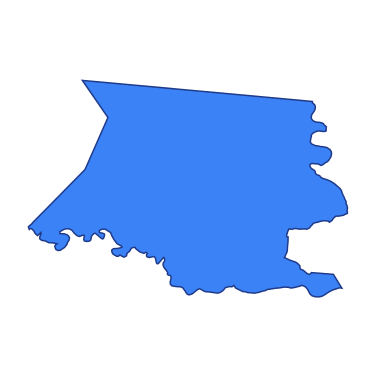 outline of San Pedro Juchatengo, Oaxaca, Mexico, rotated 96°
{"feature_id": "50627088B44061639348759", "entity_name": "San Pedro Juchatengo", "entity_type": "district", "adm_level": 2, "iso_a3": "MEX", "parent_name": "Mexico", "parent_adm1": "Oaxaca", "projection": "robinson", "projection_center": [-97.095, 16.316], "detail": "fine", "context": "isolated", "style": "filled", "palette": "blue", "viewbox_px": 384, "rotation_deg": 96, "n_neighbors": 0, "source": "geoboundaries", "source_scale": "gbopen_adm2", "svg_char_len": 4152}
<svg xmlns="http://www.w3.org/2000/svg" viewBox="0 0 384 384"><g transform="rotate(96 192 192)"><path d="M246.3,349.9L245.3,349.1L245.4,347.5L247.3,345.2L249.6,343.7L251.5,341.1L249.9,339.5L248.0,338.1L249.6,337.7L252.0,338.6L253.8,338.7L255.0,338.0L255.9,335.8L255.9,333.1L257.4,329.1L257.1,325.5L257.6,320.8L258.8,322.1L260.3,322.8L262.0,322.1L263.3,321.4L264.2,319.3L263.8,317.0L260.4,312.9L257.1,310.8L255.2,310.6L253.3,309.4L250.6,309.0L248.8,310.0L247.6,311.8L246.9,314.8L247.2,319.1L245.3,319.3L242.7,315.7L241.9,314.0L241.4,310.4L242.8,307.1L245.1,305.0L247.5,301.7L248.0,299.1L247.2,297.8L246.2,295.7L246.6,294.5L250.5,294.7L251.9,294.0L252.2,292.0L251.9,290.0L251.4,288.6L250.1,287.6L246.6,287.4L244.7,286.2L243.5,285.1L243.2,283.8L245.1,280.9L247.8,277.0L248.0,275.8L246.9,275.0L244.7,274.5L243.0,274.6L242.2,276.8L242.2,278.5L241.9,279.8L240.1,280.1L238.4,277.8L238.0,274.5L240.9,268.7L244.0,267.1L247.3,264.8L251.3,261.1L253.1,256.6L253.9,255.8L255.0,257.4L255.9,260.0L256.6,264.2L258.0,265.7L259.6,265.5L261.1,264.8L262.2,263.8L263.8,260.1L263.5,258.3L262.2,257.2L263.3,254.6L263.9,252.9L262.9,251.2L262.2,250.4L260.4,250.4L259.3,249.8L258.2,248.6L257.1,247.7L254.2,246.4L253.4,244.9L253.0,242.7L254.1,242.2L256.9,237.9L257.4,236.0L258.0,233.4L256.8,231.3L257.8,229.9L259.3,230.7L260.6,230.4L261.3,229.7L261.6,227.6L260.2,223.4L260.8,222.1L261.6,221.5L266.1,220.0L266.9,219.3L267.0,218.7L266.4,217.8L261.6,214.5L260.0,213.3L261.4,212.2L263.4,212.0L265.7,213.2L267.6,213.2L270.1,211.9L272.6,209.4L274.4,207.8L276.2,207.9L276.9,207.3L277.4,204.7L278.7,203.8L281.2,203.9L283.6,204.3L285.9,203.9L287.4,202.3L287.6,200.2L287.7,197.4L287.5,193.6L288.1,191.3L291.2,188.5L292.8,187.3L294.2,185.9L294.6,184.2L294.2,183.1L293.4,181.3L292.2,180.0L290.8,178.7L288.1,175.9L287.5,174.4L287.9,173.0L289.7,168.6L289.6,164.6L289.9,156.1L289.3,154.2L288.3,152.6L286.7,150.8L285.0,149.6L283.5,148.7L282.1,144.6L282.1,142.4L280.5,140.4L282.9,138.7L285.7,131.2L285.7,130.1L285.7,127.8L286.2,126.4L286.1,123.2L286.1,119.6L285.0,115.6L283.0,110.8L282.2,108.4L281.2,107.2L280.2,103.3L278.9,98.7L278.4,95.7L276.9,90.2L276.7,86.0L277.2,83.5L276.2,79.9L274.1,74.2L273.4,73.8L273.7,71.2L274.7,69.0L276.7,66.9L281.1,64.0L282.7,61.7L283.3,58.4L283.0,54.4L282.3,52.4L281.2,50.4L277.1,45.4L274.6,41.6L271.8,35.1L272.0,32.9L259.1,42.8L259.7,64.9L261.0,65.5L261.7,66.9L261.2,68.4L261.0,69.0L259.3,71.6L258.2,73.2L257.5,75.9L255.9,76.7L254.0,77.1L252.0,79.5L250.9,81.6L250.5,83.4L250.1,85.0L249.6,87.5L248.9,89.2L247.6,93.3L247.1,93.0L245.8,92.5L244.6,92.3L243.3,91.7L240.8,91.1L238.4,91.2L236.4,91.3L234.8,91.3L233.4,91.3L230.2,91.4L226.6,91.8L226.7,92.2L226.7,92.6L226.0,93.4L222.3,92.9L220.9,92.5L218.7,92.0L218.7,90.0L218.5,88.2L217.6,86.2L217.5,84.1L217.7,81.3L217.2,77.8L216.9,76.1L217.0,73.8L215.3,71.3L213.3,70.1L212.0,69.0L210.4,68.0L209.4,65.6L208.9,63.7L208.0,61.9L206.8,58.1L206.7,54.7L206.8,53.0L207.7,52.3L207.4,51.8L205.7,49.8L204.4,49.2L202.5,47.9L200.9,46.3L200.8,44.2L200.0,41.3L199.2,38.7L198.2,37.5L197.1,35.3L195.7,35.4L194.3,35.8L191.5,35.7L189.1,36.5L187.8,37.5L185.6,37.7L183.0,39.4L181.2,40.2L179.7,41.2L178.3,42.1L175.5,43.3L173.6,44.6L172.4,46.1L171.5,47.4L170.3,49.1L169.2,50.7L168.1,52.5L167.6,53.7L166.7,55.6L165.7,58.9L165.3,60.7L164.9,63.1L164.1,65.1L162.3,66.9L161.9,69.4L161.1,70.4L160.5,71.2L158.3,71.8L157.2,73.5L156.0,75.9L154.2,77.3L152.7,77.7L151.1,76.1L151.1,73.8L151.0,72.0L151.0,69.0L152.1,66.5L151.1,64.6L149.5,63.0L148.4,61.6L147.5,60.3L145.9,59.2L143.8,58.2L142.5,57.5L139.2,57.2L137.1,57.8L135.3,59.3L133.6,62.8L133.3,66.9L133.4,69.1L133.1,70.6L133.0,73.9L132.6,75.5L131.6,78.3L129.9,79.6L128.2,79.5L126.2,79.5L124.6,79.1L122.7,79.2L121.2,78.2L119.6,76.2L119.0,75.1L118.0,72.6L118.1,68.5L117.9,66.2L117.2,65.0L114.6,65.2L113.0,65.2L111.5,67.6L110.3,68.4L109.7,70.1L109.4,72.4L109.5,74.7L109.4,76.3L108.8,78.4L107.5,80.2L106.0,81.1L104.5,81.2L103.0,81.1L101.2,80.3L99.6,79.3L98.4,78.7L96.3,78.2L94.2,78.3L92.4,79.1L90.7,81.6L89.4,81.7L91.1,210.8L92.0,278.7L92.5,312.7L126.7,283.4L180.8,300.7L223.2,334.5L238.4,346.7L240.9,348.4L242.6,350.2L243.9,351.1L246.3,349.9Z" fill="#3b82f6" stroke="#1e3a8a" stroke-width="1.5"/></g></svg>